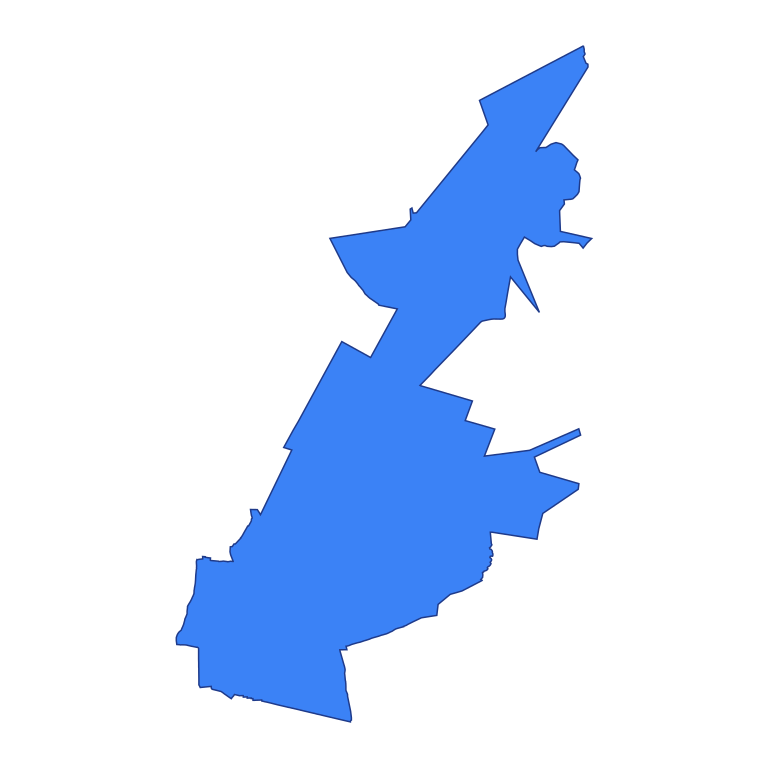 the district of Soledad de Graciano Sánchez, San Luis Potosí, Mexico
{"feature_id": "50627088B59351760341300", "entity_name": "Soledad de Graciano Sánchez", "entity_type": "district", "adm_level": 2, "iso_a3": "MEX", "parent_name": "Mexico", "parent_adm1": "San Luis Potosí", "projection": "mercator", "projection_center": [-100.889, 22.295], "detail": "fine", "context": "isolated", "style": "filled", "palette": "blue", "viewbox_px": 768, "rotation_deg": 0, "n_neighbors": 0, "source": "geoboundaries", "source_scale": "gbopen_adm2", "svg_char_len": 6096}
<svg xmlns="http://www.w3.org/2000/svg" viewBox="0 0 768 768"><path d="M583.0,46.1L479.5,100.4L488.1,124.9L482.2,132.3L416.5,212.8L413.2,213.1L411.9,208.0L410.2,209.1L410.8,219.9L405.1,226.8L329.9,238.4L347.2,272.5L351.2,277.4L352.7,278.7L353.3,279.1L355.3,280.9L355.8,281.5L357.9,284.1L358.8,285.5L360.6,287.4L361.4,288.5L362.8,290.0L365.1,293.9L367.7,296.2L368.1,296.7L368.7,297.2L370.1,298.4L371.2,299.1L378.4,304.1L378.6,304.8L378.9,305.2L397.3,308.9L370.6,357.5L341.8,341.6L298.5,421.1L293.3,430.0L283.7,447.5L291.8,450.0L261.0,513.7L260.4,514.7L259.7,513.3L257.3,509.6L250.5,509.5L251.0,512.9L251.4,515.3L252.0,517.0L252.2,518.1L251.5,518.9L251.4,519.7L251.3,521.0L249.4,524.5L248.5,526.0L247.7,526.0L246.7,527.9L245.0,530.8L243.1,534.2L243.1,534.3L241.7,536.6L240.7,537.8L240.9,538.0L235.4,543.9L233.9,544.0L232.4,546.5L230.3,546.8L230.0,551.8L230.6,554.7L230.9,555.5L233.2,561.4L233.1,561.5L232.1,561.4L231.3,561.3L230.8,561.2L227.7,561.8L227.3,561.6L223.3,561.1L221.2,561.4L218.8,561.5L218.5,561.2L210.7,560.5L210.3,560.2L210.5,558.0L207.9,557.7L206.4,557.4L205.2,557.3L205.2,556.7L202.6,556.5L202.7,557.7L202.7,558.9L199.2,559.3L198.1,559.5L197.1,559.7L196.9,559.6L196.4,561.3L196.4,563.0L196.5,564.1L196.5,564.5L196.6,566.2L196.5,567.5L196.6,568.4L196.4,569.2L196.3,570.0L195.8,575.0L195.6,578.6L195.6,579.0L195.3,583.2L194.9,585.7L194.5,587.7L194.3,589.6L194.1,590.2L194.1,590.9L194.0,592.9L194.0,593.4L193.9,593.7L193.7,594.3L193.0,596.0L192.4,597.2L191.7,598.9L190.8,600.7L189.9,602.3L188.7,604.2L187.8,605.8L187.5,606.5L187.5,607.6L187.1,611.2L187.1,611.7L187.1,612.9L187.1,613.2L187.1,613.6L187.0,614.1L185.6,617.5L185.0,618.7L184.7,620.2L184.5,621.1L184.1,622.5L183.9,623.3L183.7,624.1L183.4,624.9L183.4,625.0L183.1,625.6L182.6,626.9L182.0,628.1L182.0,628.3L181.6,629.0L181.3,630.1L180.1,631.1L179.5,631.6L178.8,632.3L178.1,633.3L177.5,634.3L177.3,634.7L176.7,636.3L176.3,637.6L176.3,640.8L176.6,642.9L176.8,644.5L178.1,644.6L179.5,644.7L180.0,644.8L180.5,644.9L181.8,644.8L185.2,644.9L186.8,645.1L187.8,645.4L189.6,645.8L191.7,646.3L192.9,646.5L196.9,647.3L197.3,647.3L197.5,647.3L198.0,647.6L198.3,647.9L198.5,648.2L198.6,648.4L198.6,651.7L198.6,654.3L198.6,659.0L198.7,662.9L198.7,665.8L198.7,667.3L198.8,668.2L198.8,671.0L198.9,678.9L198.9,679.9L198.9,684.9L199.4,685.8L199.7,686.4L199.9,686.8L200.2,687.5L201.1,687.4L211.2,686.4L211.3,688.1L211.4,688.3L211.6,688.7L212.0,689.1L212.3,689.3L213.1,689.5L217.2,690.5L221.1,691.5L223.4,693.1L223.6,693.3L224.8,694.2L226.0,695.0L226.7,695.5L227.5,696.1L228.1,696.5L228.8,697.0L231.3,698.7L232.2,697.4L233.1,696.4L233.5,696.0L234.5,694.5L238.3,695.4L239.3,695.7L243.2,695.6L243.3,697.1L247.2,696.9L247.2,698.1L251.2,698.0L251.2,698.6L252.9,698.6L253.0,700.3L254.7,700.3L256.5,700.2L260.0,700.1L261.7,700.0L261.8,701.0L263.2,701.3L265.1,701.8L266.3,702.0L268.0,702.4L270.5,703.0L272.1,703.4L274.0,703.9L276.8,704.6L277.1,704.7L279.7,705.3L286.2,706.8L287.0,707.0L288.2,707.3L288.7,707.4L289.5,707.5L291.8,708.1L292.8,708.3L293.3,708.4L294.1,708.6L294.9,708.8L295.0,708.8L299.7,709.9L300.3,710.1L301.7,710.4L304.1,711.0L308.0,711.9L313.0,713.1L314.9,713.5L316.6,714.0L320.0,714.7L321.5,715.1L326.5,716.3L341.8,719.9L350.4,721.9L350.4,721.2L350.8,720.5L351.4,720.1L351.4,717.7L350.6,711.2L347.6,696.5L347.5,694.2L346.0,690.6L345.9,689.6L345.9,686.8L345.8,683.6L345.7,682.7L345.6,681.3L345.5,681.1L345.3,680.2L344.9,675.9L344.7,674.1L344.6,673.2L344.9,671.6L345.1,670.0L345.1,669.9L345.0,668.9L344.5,666.6L343.8,664.3L341.9,657.6L340.0,651.0L339.8,649.8L346.9,649.7L346.1,646.3L346.3,646.3L348.9,645.6L351.8,644.4L357.3,642.8L360.0,642.2L362.7,641.3L364.1,640.8L365.6,640.4L368.1,639.6L369.6,639.1L371.4,638.3L373.0,637.8L374.0,637.5L375.1,637.2L378.7,636.2L381.4,635.2L382.7,634.9L384.7,634.3L386.5,633.8L388.6,632.9L390.3,632.0L392.0,631.3L394.0,630.0L395.6,629.0L397.7,628.3L403.6,626.7L403.5,626.4L406.4,625.3L407.8,624.4L413.0,621.8L421.4,617.8L434.1,615.8L436.8,615.4L438.1,604.4L450.3,594.3L456.4,592.6L462.1,590.9L481.9,580.6L482.1,580.4L481.8,580.1L480.8,579.5L482.6,577.4L482.7,576.2L482.8,575.6L482.8,574.4L482.7,573.6L482.4,572.8L482.5,572.4L483.4,572.1L483.8,571.8L483.9,571.4L484.1,571.1L485.0,570.9L486.2,570.5L487.3,569.7L487.9,568.8L487.4,568.1L487.4,567.4L488.0,566.8L489.1,566.2L490.0,565.4L490.6,564.5L491.0,563.6L490.6,562.9L490.2,562.6L490.3,562.0L491.0,561.3L491.5,560.4L491.6,559.5L491.3,559.0L491.1,558.6L490.6,558.1L490.2,557.9L489.9,557.6L490.0,557.2L490.2,556.4L490.7,556.2L491.3,556.0L492.0,556.3L492.5,556.2L492.8,555.8L492.8,555.1L492.9,554.5L492.8,553.6L492.3,552.5L492.4,551.6L492.0,550.5L491.0,549.3L489.9,549.0L489.5,547.8L490.0,547.4L490.6,547.0L491.0,546.2L491.5,545.4L491.9,544.9L491.3,543.5L490.3,532.2L492.0,532.2L537.0,539.2L538.8,528.6L542.8,513.4L578.2,489.3L578.9,483.7L539.8,472.3L534.4,457.1L580.6,435.1L578.8,428.8L529.6,450.3L484.4,456.1L494.8,429.1L465.2,420.6L472.4,401.0L420.8,385.8L420.0,385.4L430.8,374.3L435.1,369.6L444.3,360.1L453.6,350.5L480.3,322.5L481.1,321.8L482.2,321.1L488.7,319.7L491.5,319.2L493.7,319.0L500.5,319.1L502.6,319.0L503.9,318.5L504.8,317.5L505.2,316.4L505.3,315.0L505.1,313.1L504.9,311.6L504.9,309.4L504.9,308.6L506.2,301.5L507.5,293.6L508.9,285.8L510.5,276.9L539.4,312.4L518.0,260.1L517.4,254.3L517.4,249.2L520.4,243.8L524.4,237.1L530.3,240.6L534.7,243.6L539.1,245.5L541.3,246.4L543.5,245.6L543.8,245.6L545.1,245.5L547.1,246.3L551.4,246.6L554.4,246.2L557.6,243.9L558.8,243.1L559.9,242.0L560.1,241.9L563.6,241.7L570.0,242.3L574.9,242.8L579.1,243.3L582.3,247.1L583.1,248.1L587.0,243.1L591.7,238.5L560.4,231.4L559.7,213.9L559.6,210.6L564.4,204.0L564.0,199.9L570.2,199.3L570.7,199.3L572.8,198.8L574.6,197.2L577.4,194.4L579.0,191.7L579.7,182.4L580.0,179.5L580.5,178.2L579.5,175.2L578.8,173.6L574.4,169.8L575.5,166.7L576.8,162.6L578.0,159.9L573.0,155.1L563.7,145.5L562.5,144.6L561.5,144.0L556.0,142.6L553.1,143.5L551.0,144.2L546.0,147.5L545.1,147.5L540.1,147.7L537.7,149.4L535.7,151.7L588.0,67.0L587.9,64.2L586.0,63.2L583.9,58.1L583.3,56.6L585.0,54.1L584.9,53.4L584.2,51.8L584.2,49.2L583.5,46.3L583.0,46.1Z" fill="#3b82f6" stroke="#1e3a8a" stroke-width="1.5"/></svg>